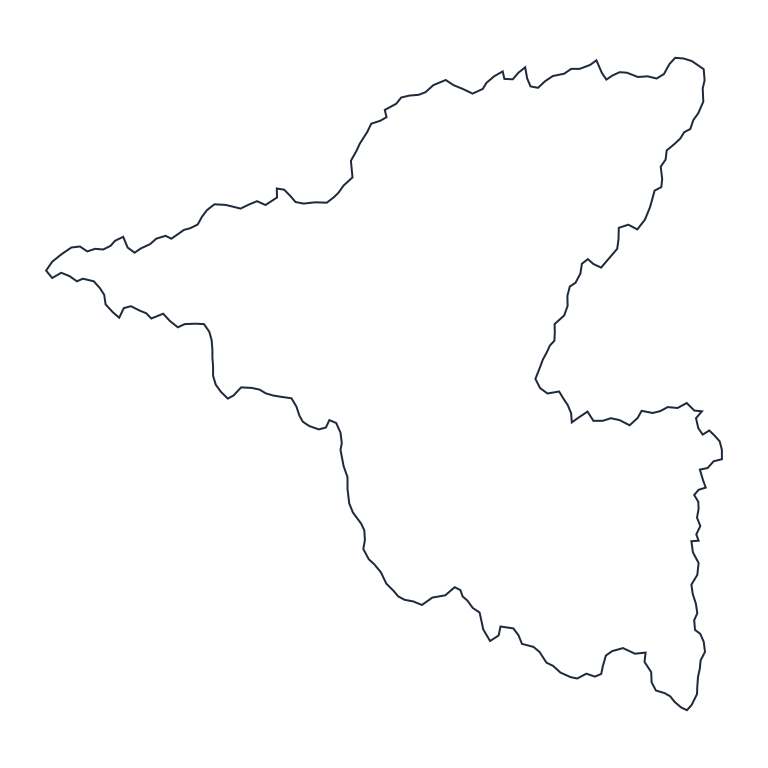 outline of Quitandinha, Paraná, Brazil
{"feature_id": "56859067B47422460972833", "entity_name": "Quitandinha", "entity_type": "district", "adm_level": 2, "iso_a3": "BRA", "parent_name": "Brazil", "parent_adm1": "Paraná", "projection": "mercator", "projection_center": [-49.482, -25.922], "detail": "fine", "context": "isolated", "style": "outline", "palette": "slate", "viewbox_px": 768, "rotation_deg": 0, "n_neighbors": 0, "source": "geoboundaries", "source_scale": "gbopen_adm2", "svg_char_len": 3766}
<svg xmlns="http://www.w3.org/2000/svg" viewBox="0 0 768 768"><path d="M721.9,449.9L719.7,441.4L714.4,435.4L709.3,430.5L702.7,434.6L698.3,428.2L696.0,418.2L701.9,411.3L694.4,410.6L686.7,403.0L677.6,408.0L667.7,407.1L660.3,411.1L652.6,413.0L641.6,410.8L637.7,417.9L629.6,425.3L619.6,420.1L610.9,418.2L602.9,420.8L593.4,420.8L587.5,411.6L578.7,417.5L571.8,422.4L571.1,413.2L567.8,405.2L563.4,398.6L559.1,391.5L547.5,393.5L540.1,388.1L535.4,378.9L540.5,366.0L542.8,359.7L546.8,352.3L549.9,345.5L554.4,340.7L554.8,332.2L554.6,324.1L564.2,315.4L567.6,305.9L567.4,295.9L569.8,286.5L575.5,282.8L580.4,273.5L581.9,263.8L587.8,259.1L593.4,264.0L601.1,267.6L610.0,257.2L617.2,248.8L618.5,239.4L618.8,227.8L628.3,224.7L637.3,229.4L644.9,219.7L649.9,207.5L652.0,200.1L654.6,190.6L661.3,187.1L662.2,179.0L660.7,166.7L665.6,159.6L666.7,150.4L674.2,144.2L680.3,138.5L684.2,132.2L690.3,129.0L693.3,120.1L698.4,113.0L703.3,101.6L702.7,88.4L704.6,80.3L703.7,69.2L691.9,61.1L683.6,58.5L675.2,57.8L669.5,64.0L663.9,74.1L656.6,78.5L647.5,76.3L637.9,77.0L626.9,72.7L619.6,72.2L612.2,75.6L606.4,79.6L601.9,73.0L596.4,60.3L590.2,64.9L579.5,68.9L571.1,68.9L564.2,73.7L552.9,76.0L545.1,81.2L538.0,87.8L530.5,86.4L527.1,78.2L525.2,67.3L518.4,72.7L512.8,79.3L504.4,78.9L502.7,71.4L494.1,76.3L486.4,82.9L482.8,88.9L472.6,93.6L462.0,88.6L453.6,85.2L445.7,80.0L433.4,85.1L425.5,92.2L418.7,94.8L409.3,95.6L401.2,97.5L396.3,103.7L384.8,109.9L386.5,117.2L380.2,120.8L371.2,123.7L367.3,131.9L363.5,137.8L359.6,144.0L356.5,150.8L350.9,160.8L352.5,177.4L343.5,185.6L338.5,192.7L333.9,197.2L326.8,202.7L315.1,202.3L303.6,203.6L295.5,202.0L290.8,196.5L284.2,189.7L276.8,188.5L277.0,197.5L265.5,205.0L257.0,201.2L248.8,204.6L240.5,208.6L233.1,206.7L225.4,204.9L214.4,204.3L206.9,210.2L202.0,216.7L197.7,224.5L190.0,228.3L183.9,229.9L178.3,233.9L171.3,238.7L165.6,235.8L156.2,238.7L150.0,244.2L140.9,248.4L134.6,252.7L127.6,247.5L123.2,236.8L115.0,240.8L110.6,245.8L103.2,249.5L95.2,248.8L87.3,251.4L79.9,246.5L71.4,247.5L61.8,254.0L52.2,261.7L46.1,270.6L52.2,278.0L61.2,272.8L69.5,276.1L76.9,281.3L82.9,278.7L93.8,281.3L99.9,288.1L104.2,294.8L105.6,304.4L112.7,312.1L119.2,317.7L123.8,308.1L130.9,306.2L139.3,310.4L146.3,313.3L151.3,318.5L163.2,313.7L170.0,321.1L177.9,327.3L184.7,324.1L195.4,323.7L204.0,324.1L209.3,331.8L211.6,340.0L212.4,349.5L212.4,357.4L213.1,366.7L213.1,376.0L215.8,384.8L221.0,391.9L227.8,398.6L233.5,395.5L241.1,387.4L251.7,387.9L259.5,389.6L265.9,393.4L273.1,395.5L280.4,396.7L291.5,398.3L296.5,406.8L299.4,415.6L302.8,421.7L309.2,426.0L318.8,429.4L325.9,427.5L329.4,420.1L336.2,423.0L340.5,432.7L341.8,443.1L340.5,449.9L343.6,466.1L347.5,477.2L347.5,488.8L349.2,503.3L352.9,512.5L361.2,523.7L364.3,530.3L364.9,540.0L363.3,549.0L368.8,559.3L374.2,564.2L380.9,572.3L386.3,583.6L393.9,591.2L398.2,596.4L404.6,599.8L413.2,601.4L421.9,605.0L432.3,597.6L445.3,595.3L454.7,587.2L460.4,590.1L462.6,596.4L467.4,600.6L472.8,608.0L479.6,612.5L483.3,629.6L490.1,641.0L498.6,635.5L500.5,626.5L513.3,628.4L518.4,635.1L522.0,643.9L533.5,646.9L539.5,651.9L546.4,662.6L553.1,665.9L560.5,672.6L570.5,677.1L577.2,678.5L586.4,673.7L594.9,676.6L601.2,674.0L602.9,665.9L605.9,655.5L612.2,651.1L623.0,648.1L634.9,653.7L645.6,652.6L644.5,661.9L651.2,672.1L651.6,682.3L655.9,690.5L664.6,693.1L670.3,696.4L674.6,701.9L681.2,707.5L686.9,710.2L691.6,705.0L697.0,694.1L697.3,686.3L698.0,677.1L699.9,668.1L700.6,660.4L705.0,651.9L703.7,641.7L700.3,633.9L695.0,629.9L694.2,620.2L697.3,613.2L695.9,603.8L692.7,593.8L691.4,584.6L697.3,574.9L698.6,563.0L692.9,552.3L691.4,541.2L698.6,540.7L696.3,534.4L700.3,526.0L697.0,517.7L698.6,508.9L698.3,501.8L694.2,495.0L698.6,489.8L705.7,487.6L702.9,479.8L699.9,469.6L707.6,468.0L713.6,461.3L721.9,459.2L721.9,449.9Z" fill="none" stroke="#1e293b" stroke-width="2"/></svg>